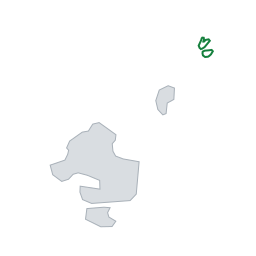 Aland, with Kökar highlighted, rotated 280°
{"feature_id": "ALD-4824", "entity_name": "Kökar", "entity_type": "state/province", "adm_level": 1, "iso_a3": "ALA", "parent_name": "Aland", "parent_adm1": "", "projection": "albers", "projection_center": [20.932, 59.931], "detail": "fine", "context": "in_parent", "style": "outline", "palette": "green", "viewbox_px": 256, "rotation_deg": 280, "n_neighbors": 0, "source": "natural_earth", "source_scale": "10m", "svg_char_len": 1150}
<svg xmlns="http://www.w3.org/2000/svg" viewBox="0 0 256 256"><g transform="rotate(280 128 128)"><path d="M91.6,73.2L95.8,73.4L97.7,71.0L105.0,72.8L116.0,83.7L118.1,89.5L125.7,92.6L128.3,98.6L119.3,117.3L113.8,117.6L109.8,115.2L102.5,117.2L98.2,120.7L96.7,128.5L96.7,144.8L64.3,147.6L56.9,142.7L47.4,105.3L49.6,95.7L56.5,91.8L62.4,91.0L62.9,111.0L71.5,109.2L74.4,96.0L75.2,86.7L72.9,82.0L67.2,78.3L63.9,72.0L68.9,62.0L77.9,57.8L85.4,71.4L91.6,73.2ZM45.8,118.0L46.4,124.2L41.1,122.6L37.0,124.6L34.1,132.2L28.2,129.4L26.0,118.3L30.8,102.0L41.5,101.5L45.8,118.0ZM176.6,160.2L175.4,166.8L164.1,168.2L159.4,162.3L148.8,163.0L147.0,160.0L151.4,154.2L159.8,150.6L170.8,152.2L176.6,160.2Z" fill="#d9dde1" stroke="#a8b0b8" stroke-width="1"/><path d="M228.2,187.5L226.2,187.2L226.2,187.7L228.3,189.3L229.3,192.0L228.1,193.4L221.0,189.4L219.1,187.4L218.4,186.0L218.7,185.7L219.3,184.6L221.4,183.3L227.5,184.9L229.1,185.0L229.9,185.5L230.0,186.9L228.2,187.5ZM213.1,195.5L212.1,194.4L211.3,191.6L212.5,189.2L214.4,188.4L216.2,188.3L217.5,190.1L218.4,193.6L219.4,196.8L218.3,198.2L214.9,196.9L213.1,195.5Z" fill="none" stroke="#15803d" stroke-width="2"/></g></svg>